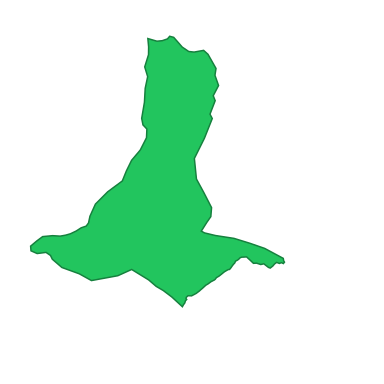 outline of Koui, Ouham-Pendé, Central African Republic, rotated 209°
{"feature_id": "33826404B71934397264584", "entity_name": "Koui", "entity_type": "district", "adm_level": 2, "iso_a3": "CAF", "parent_name": "Central African Republic", "parent_adm1": "Ouham-Pendé", "projection": "orthographic", "projection_center": [15.242, 6.674], "detail": "fine", "context": "isolated", "style": "filled", "palette": "green", "viewbox_px": 384, "rotation_deg": 209, "n_neighbors": 0, "source": "geoboundaries", "source_scale": "gbopen_adm2", "svg_char_len": 1850}
<svg xmlns="http://www.w3.org/2000/svg" viewBox="0 0 384 384"><g transform="rotate(209 192 192)"><path d="M305.0,304.8L300.3,297.9L296.6,291.0L294.0,278.5L286.7,271.4L283.2,260.0L277.1,247.4L271.7,232.0L267.4,226.9L262.0,225.2L258.1,217.4L257.6,203.6L260.2,190.4L259.6,178.6L258.3,167.9L265.8,151.4L270.6,134.6L269.5,121.3L267.5,114.8L268.0,110.9L271.6,106.9L274.4,101.7L278.1,96.5L281.6,93.0L285.9,89.5L292.8,86.2L301.0,80.6L304.0,74.0L306.9,66.4L304.3,62.5L297.6,63.1L290.4,68.4L285.0,67.9L281.6,65.5L269.2,62.9L250.9,65.8L237.0,65.8L216.3,82.8L207.2,95.0L187.3,94.1L177.6,92.1L169.4,91.9L158.8,90.4L144.8,87.0L144.8,89.3L144.5,91.4L145.0,93.8L144.5,95.4L145.7,96.0L145.9,97.3L145.2,99.3L142.0,101.0L139.2,105.3L137.5,109.1L137.1,110.4L136.4,112.2L136.1,113.0L134.7,117.2L133.3,119.6L132.6,121.2L131.8,122.9L130.9,124.2L130.8,124.4L130.4,125.0L130.0,125.5L129.4,126.8L129.1,129.0L127.6,131.5L126.5,134.1L125.1,137.6L124.7,138.4L122.8,141.6L121.6,142.5L121.2,144.6L121.0,146.7L120.7,148.8L120.2,150.6L120.4,152.6L119.3,154.3L119.2,154.5L118.5,155.9L118.2,157.4L117.1,159.0L114.8,160.4L112.8,161.7L112.3,161.6L112.0,161.5L109.6,160.9L109.4,160.9L108.3,160.6L103.7,159.4L101.0,161.1L99.2,161.4L98.9,161.5L98.4,161.6L96.7,161.9L94.4,164.0L91.1,163.5L88.6,163.1L86.7,163.4L85.4,166.5L84.9,169.1L84.0,171.1L83.8,171.5L83.6,171.5L80.9,171.9L80.6,172.3L79.5,173.6L77.4,173.7L77.1,175.5L78.4,176.2L80.0,178.2L101.1,177.9L116.6,175.2L132.8,171.8L150.4,165.3L161.2,162.3L164.9,162.3L164.3,172.8L163.6,179.6L167.3,187.8L181.5,197.3L194.4,205.5L206.2,222.5L207.2,245.0L209.9,266.1L214.0,268.8L216.0,283.1L220.1,286.5L220.4,298.0L228.5,305.2L230.9,311.7L244.8,320.2L250.5,321.5L258.0,315.4L263.0,313.3L270.8,314.0L278.2,316.7L283.0,318.4L287.0,317.4L287.7,314.0L291.4,309.9L295.8,306.9L305.0,304.8Z" fill="#22c55e" stroke="#15803d" stroke-width="1.5"/></g></svg>